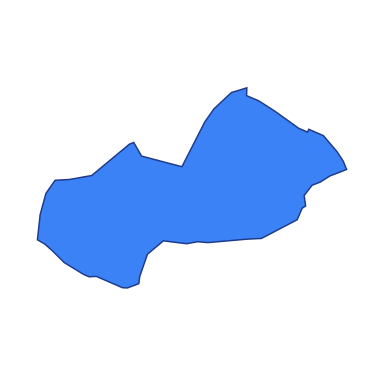 outline of Faqus, Ash Sharqiyah, Egypt, rotated 112°
{"feature_id": "37247803B81892076694929", "entity_name": "Faqus", "entity_type": "district", "adm_level": 2, "iso_a3": "EGY", "parent_name": "Egypt", "parent_adm1": "Ash Sharqiyah", "projection": "albers", "projection_center": [31.802, 30.723], "detail": "fine", "context": "isolated", "style": "filled", "palette": "blue", "viewbox_px": 384, "rotation_deg": 112, "n_neighbors": 0, "source": "geoboundaries", "source_scale": "gbopen_adm2", "svg_char_len": 878}
<svg xmlns="http://www.w3.org/2000/svg" viewBox="0 0 384 384"><g transform="rotate(112 192 192)"><path d="M140.8,83.2L134.6,76.7L125.4,70.1L113.2,57.1L106.8,63.3L100.3,72.6L90.5,91.4L90.3,100.1L90.1,107.2L93.2,107.3L93.1,110.5L93.0,116.8L87.8,138.2L86.1,145.2L82.5,164.1L82.3,173.7L82.2,177.5L74.9,180.2L85.0,192.7L106.7,202.8L122.3,206.4L172.3,210.8L173.4,219.1L177.1,248.1L177.6,252.2L167.9,264.6L171.0,267.9L173.8,269.4L208.4,288.0L214.3,291.2L226.4,310.5L232.4,323.3L248.0,326.9L269.9,324.3L294.2,317.4L295.4,309.1L298.7,299.7L305.3,284.0L309.0,261.9L309.1,257.8L309.1,255.5L306.1,249.1L306.8,220.6L305.1,215.9L296.9,207.0L290.0,208.8L278.8,209.4L266.3,210.0L259.6,206.4L248.3,200.4L248.0,200.2L242.0,177.7L235.9,168.0L233.0,158.4L215.0,123.1L209.1,110.3L178.3,84.1L165.8,83.8L162.4,81.4L153.2,86.7L140.8,83.2Z" fill="#3b82f6" stroke="#1e3a8a" stroke-width="1.5"/></g></svg>